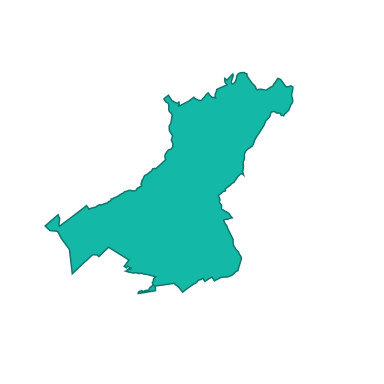 the district of Craiva, Arad, Romania, rotated 321°
{"feature_id": "2599482B65879006777700", "entity_name": "Craiva", "entity_type": "district", "adm_level": 2, "iso_a3": "ROU", "parent_name": "Romania", "parent_adm1": "Arad", "projection": "robinson", "projection_center": [21.986, 46.592], "detail": "fine", "context": "isolated", "style": "filled", "palette": "teal", "viewbox_px": 384, "rotation_deg": 321, "n_neighbors": 0, "source": "geoboundaries", "source_scale": "gbopen_adm2", "svg_char_len": 6044}
<svg xmlns="http://www.w3.org/2000/svg" viewBox="0 0 384 384"><g transform="rotate(321 192 192)"><path d="M121.7,264.0L126.5,264.0L132.5,264.4L135.8,264.7L136.2,264.9L137.2,265.1L139.7,265.0L140.9,264.6L141.9,264.8L144.4,265.8L146.3,266.0L145.7,269.6L149.1,269.9L154.0,270.5L153.5,275.2L157.8,275.9L160.5,276.6L163.2,278.1L165.8,280.2L170.4,281.8L172.9,281.9L176.6,281.4L177.9,282.1L187.9,275.3L189.0,274.1L189.6,271.8L189.6,270.2L190.2,268.0L190.3,267.0L190.0,264.3L190.8,259.3L191.2,258.8L191.4,258.0L194.1,254.8L195.3,249.3L195.4,248.5L195.8,247.5L196.6,243.3L197.7,240.3L197.7,239.8L197.8,239.3L197.9,238.9L197.7,238.1L198.7,233.8L200.5,234.1L201.2,234.6L202.4,235.5L206.2,236.9L207.0,237.4L207.0,236.6L206.9,235.2L206.9,234.1L207.2,233.3L207.2,231.9L206.3,229.1L205.3,227.3L205.3,226.4L205.1,225.8L204.4,224.8L204.3,224.0L205.0,222.5L205.5,222.2L206.6,221.0L206.8,219.6L206.6,217.7L207.0,217.0L208.7,215.8L209.1,215.3L209.8,213.2L209.9,212.0L210.3,211.3L210.8,211.2L211.9,211.4L213.7,211.3L215.2,211.4L216.0,211.2L217.2,211.3L217.7,211.8L218.2,212.1L218.7,212.1L219.0,212.0L219.0,211.8L219.2,211.0L220.0,210.5L221.2,210.6L222.2,210.5L223.5,210.8L225.4,210.6L226.1,210.9L226.9,210.7L227.5,210.4L229.1,210.6L230.2,210.8L230.7,210.9L232.7,210.2L234.0,209.9L236.6,209.0L238.1,208.8L240.5,208.6L241.3,208.6L242.4,209.4L242.7,210.1L242.8,211.2L244.0,208.7L244.1,207.5L244.4,207.4L244.6,207.2L244.9,207.3L245.4,207.2L245.4,206.8L245.7,206.5L246.5,206.1L246.8,205.6L248.0,204.6L248.9,203.1L249.6,202.2L250.0,201.6L250.6,200.9L253.5,199.3L254.6,198.0L256.4,195.7L259.2,194.1L262.3,193.8L265.3,194.1L267.7,194.2L269.7,193.5L273.1,191.3L275.1,190.4L277.2,189.6L283.0,187.9L289.9,185.5L294.6,183.0L298.2,182.8L300.3,182.1L303.4,179.9L304.1,179.8L304.8,180.3L306.2,180.9L307.1,181.8L307.2,183.3L307.9,184.4L309.4,185.4L310.1,186.5L309.8,187.2L309.6,188.8L310.2,189.2L310.9,189.7L311.2,190.5L312.1,189.9L318.7,189.3L323.9,186.4L326.0,185.9L327.5,184.7L328.4,183.6L330.2,179.6L331.2,178.6L335.0,175.5L336.5,173.8L335.7,171.8L333.5,170.9L331.5,169.7L331.3,168.1L331.7,160.6L330.7,158.3L330.0,157.7L325.3,159.4L324.2,159.4L323.0,159.8L322.0,160.5L320.9,160.5L320.1,160.2L318.1,159.9L313.5,159.5L312.2,157.7L310.0,155.2L307.2,153.7L306.7,152.8L306.8,151.8L307.2,151.2L307.6,149.7L307.2,145.1L307.4,139.8L307.7,139.0L307.7,138.3L307.5,137.6L307.7,137.0L308.3,135.6L308.8,135.2L309.0,134.7L308.2,133.7L308.0,133.0L308.0,132.4L307.5,131.8L306.8,131.2L305.4,130.5L304.6,129.8L303.2,129.4L301.9,129.3L301.3,129.5L300.3,129.8L296.9,132.5L295.3,133.5L294.1,133.7L292.1,133.9L291.1,133.5L291.4,131.9L291.8,131.3L292.2,130.8L297.3,127.6L297.3,127.0L298.0,126.2L297.7,125.8L296.1,126.2L291.6,126.8L289.5,127.2L289.1,124.3L288.7,124.5L287.8,125.7L286.7,127.5L286.7,128.4L286.8,129.0L286.7,130.7L282.3,129.6L280.1,128.9L275.7,127.9L274.4,129.1L271.6,130.6L270.4,132.0L269.4,133.8L268.9,133.0L268.4,132.1L267.5,131.6L267.0,130.1L266.8,128.6L266.7,127.2L267.0,125.9L267.0,125.2L266.2,125.0L264.1,125.3L261.7,126.0L258.5,126.4L257.3,126.7L256.1,126.3L255.6,125.5L254.7,124.9L253.7,122.2L253.0,121.1L253.1,119.5L246.8,119.3L243.0,118.6L235.8,117.0L235.5,116.7L236.2,116.2L237.4,115.6L237.6,115.4L237.7,114.6L238.2,114.4L238.4,113.9L237.6,114.0L236.4,113.7L235.7,112.7L235.0,111.3L234.8,110.8L234.7,109.9L233.8,108.5L233.8,108.1L234.1,106.7L234.6,102.0L230.7,101.9L228.7,102.0L228.4,105.6L229.3,107.7L229.1,108.8L228.3,110.4L226.2,112.8L225.6,113.9L225.2,114.6L225.1,115.3L225.2,116.2L225.4,118.3L225.3,119.0L224.9,119.8L224.5,120.3L224.1,120.7L223.4,121.0L222.4,122.1L220.2,124.1L219.1,125.0L218.3,125.4L215.7,126.5L215.2,127.0L213.9,128.9L213.2,129.7L212.8,131.2L212.4,135.6L212.0,136.3L211.6,136.7L209.9,137.7L208.9,138.4L208.5,138.7L208.5,139.0L208.3,139.9L208.0,140.7L207.6,142.3L205.9,144.3L205.1,144.9L204.4,145.2L203.4,145.4L202.3,145.2L200.2,144.6L199.4,144.6L195.3,145.7L194.1,146.5L193.4,147.2L192.3,149.0L191.9,150.3L182.0,151.0L178.3,151.1L177.9,150.2L177.2,149.8L176.8,149.7L176.2,149.2L173.8,150.1L173.1,150.2L171.7,150.0L168.9,150.0L167.4,149.9L166.2,149.5L165.2,149.5L164.1,150.0L162.8,150.8L160.0,151.8L159.8,152.4L158.9,152.6L158.2,153.3L157.4,153.7L157.4,154.8L156.4,155.3L156.1,155.5L154.5,155.1L154.2,155.3L153.8,155.1L153.3,155.0L153.1,154.7L152.3,154.9L152.0,154.8L150.8,154.9L150.5,155.3L149.6,155.4L149.4,155.5L148.8,155.2L148.3,155.1L147.0,154.2L145.9,153.0L145.4,152.0L144.5,151.4L143.4,150.8L141.9,150.5L141.2,150.2L141.0,149.9L140.5,149.6L139.9,149.4L137.7,149.5L136.9,149.4L136.0,149.1L134.0,148.7L133.1,148.9L131.9,148.6L130.1,148.3L127.0,147.3L126.1,147.4L125.7,147.3L125.0,146.7L124.7,146.6L124.5,147.2L124.0,147.4L123.4,147.6L122.4,147.5L122.2,147.4L122.0,147.2L120.9,146.9L120.3,147.1L120.2,147.3L119.7,147.4L117.4,146.2L116.8,146.2L115.9,145.7L115.3,145.6L114.9,145.6L114.5,145.3L113.2,144.8L113.0,144.3L111.7,143.6L110.7,143.4L109.6,143.2L107.5,143.1L104.7,141.7L101.7,140.5L101.1,140.5L101.1,140.0L101.3,139.2L101.5,136.2L94.6,136.1L82.8,135.8L67.4,135.2L67.6,134.6L68.1,133.6L68.6,133.0L72.4,129.4L72.6,129.1L72.8,127.9L73.6,125.4L56.5,126.0L57.3,132.6L61.9,137.0L62.7,138.5L61.2,145.8L60.6,159.5L47.5,180.2L62.9,179.0L67.0,178.8L75.2,178.2L78.5,181.0L79.0,183.6L92.4,182.4L100.2,205.2L92.5,207.1L93.3,209.7L95.3,209.2L96.8,213.0L96.2,213.2L95.1,213.0L94.8,211.9L93.3,211.8L93.2,211.9L92.3,211.9L92.4,212.2L90.7,211.8L92.4,214.3L95.8,218.5L97.6,219.3L98.6,220.7L99.0,221.7L101.7,223.3L103.0,225.6L105.4,228.0L110.4,235.0L107.5,235.4L106.9,235.7L106.2,236.6L106.1,237.0L105.5,237.2L104.4,237.3L104.0,237.6L103.5,238.9L103.6,239.8L102.5,239.8L100.8,240.0L99.7,239.7L97.9,240.2L97.4,240.7L96.7,241.2L96.3,241.1L95.2,240.1L94.9,239.9L94.6,239.6L94.2,239.6L93.5,239.8L93.2,239.8L93.3,239.5L93.4,239.1L92.6,239.0L91.7,238.7L90.9,238.2L90.8,237.9L91.0,237.5L91.0,237.2L90.7,236.8L89.6,236.8L89.3,236.7L89.0,236.3L88.7,236.2L87.5,236.1L86.9,236.4L86.3,237.1L101.5,245.7L103.2,243.6L103.8,241.6L110.9,246.0L120.6,251.7L121.0,254.5L121.3,255.3L121.7,256.1L121.8,257.9L121.7,264.0Z" fill="#14b8a6" stroke="#0f766e" stroke-width="1.5"/></g></svg>